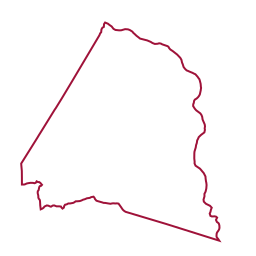 Barão de Grajaú, Maranhão, Brazil (Natural Earth projection), rotated 276°
{"feature_id": "56859067B33143624051874", "entity_name": "Barão de Grajaú", "entity_type": "district", "adm_level": 2, "iso_a3": "BRA", "parent_name": "Brazil", "parent_adm1": "Maranhão", "projection": "natural_earth1", "projection_center": [-43.215, -6.594], "detail": "fine", "context": "isolated", "style": "outline", "palette": "rose", "viewbox_px": 256, "rotation_deg": 276, "n_neighbors": 0, "source": "geoboundaries", "source_scale": "gbopen_adm2", "svg_char_len": 2757}
<svg xmlns="http://www.w3.org/2000/svg" viewBox="0 0 256 256"><g transform="rotate(276 128 128)"><path d="M225.1,92.1L223.3,91.3L220.4,91.3L219.2,90.4L217.3,89.9L198.4,81.2L168.2,67.3L150.6,59.1L140.0,54.0L138.8,53.3L113.5,41.1L111.7,40.2L109.1,39.0L100.9,35.0L81.5,25.5L79.8,25.8L74.2,26.9L67.3,27.7L60.7,28.4L60.9,30.5L61.3,31.6L62.2,33.0L62.8,34.9L63.3,36.9L63.5,39.1L63.3,40.8L63.9,42.0L65.4,42.7L64.8,44.1L64.9,45.4L64.2,46.6L63.3,47.5L62.5,48.4L61.5,47.7L60.9,46.3L59.9,45.9L56.9,45.6L55.7,44.9L54.5,44.9L53.4,45.1L52.1,45.6L51.1,45.9L49.5,46.1L48.4,46.6L47.5,47.6L46.3,48.1L44.5,48.4L41.9,48.8L38.0,49.7L38.9,51.3L39.8,52.3L41.2,53.2L42.5,55.4L42.4,57.0L41.9,58.5L41.7,59.6L43.0,61.3L43.3,62.6L42.6,65.2L42.9,67.5L42.9,69.5L41.8,70.3L41.0,71.3L42.1,72.5L43.7,72.7L45.1,73.4L45.7,75.1L46.7,76.5L46.9,78.3L47.8,81.3L48.5,82.4L49.6,83.6L49.9,85.7L50.3,87.7L51.1,89.4L52.0,90.8L52.7,92.6L53.8,94.5L54.5,97.3L55.4,98.6L56.1,100.9L55.0,102.0L53.9,102.6L52.4,104.2L52.1,105.6L51.3,110.2L51.0,111.4L51.1,113.4L50.9,116.3L50.8,118.5L51.4,120.3L51.6,121.8L51.6,123.2L51.9,124.9L51.8,126.5L48.2,129.7L47.2,130.5L46.2,131.4L45.3,132.6L44.4,134.3L36.5,176.2L25.5,230.5L27.0,229.3L27.8,228.5L28.8,227.6L29.7,227.3L32.1,227.2L33.4,227.5L35.7,228.8L37.1,229.3L38.3,229.4L40.4,229.1L42.1,228.5L42.9,227.9L43.9,226.2L45.8,225.1L48.2,226.0L49.0,224.9L49.2,223.4L48.8,220.7L49.2,219.2L51.4,218.2L53.3,218.8L55.3,219.0L57.5,219.6L59.2,217.7L60.8,213.4L62.7,211.1L64.7,210.6L68.0,211.2L70.5,210.9L72.8,211.8L76.0,212.2L79.5,212.1L81.8,211.6L82.9,211.2L85.7,210.5L87.9,210.1L90.2,208.6L91.1,208.0L92.9,206.1L93.8,205.2L95.1,203.8L97.6,199.1L99.7,197.9L101.4,197.8L104.6,197.1L110.0,196.6L111.6,196.6L115.7,197.4L118.1,197.5L120.3,198.0L122.9,198.1L124.6,198.8L126.3,199.3L128.7,201.3L131.6,204.4L134.2,204.7L135.6,204.3L137.7,204.4L139.6,203.9L144.2,201.3L146.9,200.6L148.6,199.7L150.1,198.4L152.7,194.0L154.2,192.4L156.6,190.5L158.5,190.4L159.8,190.8L161.9,190.9L163.2,191.5L164.5,193.2L165.9,194.4L167.2,195.2L168.8,195.9L171.3,196.2L173.1,196.4L174.1,196.4L175.5,196.5L176.9,196.1L178.1,195.9L179.6,195.6L181.2,195.0L183.1,194.3L184.1,193.8L185.1,192.8L186.2,191.9L188.5,189.4L188.9,188.1L189.6,186.4L190.4,183.6L191.1,181.5L191.4,180.3L192.8,178.5L194.5,176.9L197.1,175.8L198.7,174.9L201.4,174.0L203.2,172.7L206.2,169.2L209.2,164.4L210.5,161.9L211.7,160.6L212.8,159.9L213.5,158.9L214.8,153.2L215.4,151.9L215.5,150.1L214.9,148.7L214.4,145.9L215.1,143.4L216.0,141.6L217.1,138.0L218.2,130.6L219.2,129.1L220.6,126.8L222.3,124.6L223.2,123.3L224.3,122.3L225.6,119.6L226.1,117.7L226.0,114.8L224.5,111.1L224.2,109.2L224.2,105.3L225.1,103.2L227.3,101.1L228.6,98.7L229.6,97.2L230.5,94.2L228.8,93.3L226.0,93.4L225.1,92.1Z" fill="none" stroke="#9f1239" stroke-width="2"/></g></svg>